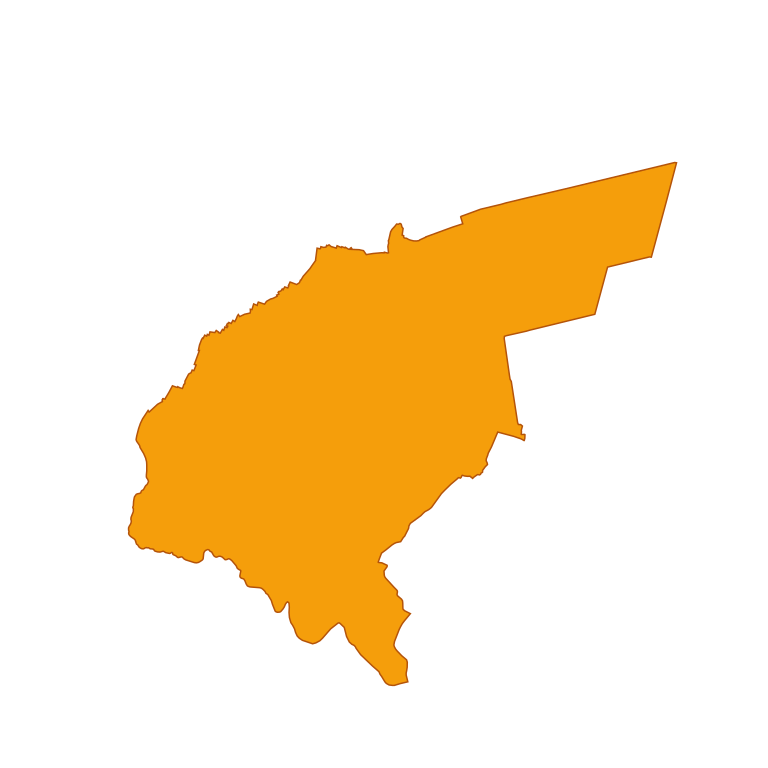 Wihan Daeng, Saraburi, Thailand, rotated 195°
{"feature_id": "78962969B45095827197319", "entity_name": "Wihan Daeng", "entity_type": "district", "adm_level": 2, "iso_a3": "THA", "parent_name": "Thailand", "parent_adm1": "Saraburi", "projection": "robinson", "projection_center": [100.989, 14.34], "detail": "fine", "context": "isolated", "style": "filled", "palette": "amber", "viewbox_px": 768, "rotation_deg": 195, "n_neighbors": 0, "source": "geoboundaries", "source_scale": "gbopen_adm2", "svg_char_len": 6165}
<svg xmlns="http://www.w3.org/2000/svg" viewBox="0 0 768 768"><g transform="rotate(195 384 384)"><path d="M583.1,167.5L581.6,165.3L580.4,164.9L578.1,162.9L575.7,162.2L574.0,162.4L573.2,162.9L572.4,163.8L571.3,164.5L570.5,164.4L569.1,164.9L567.2,164.3L565.0,164.7L564.0,164.7L563.5,164.5L562.8,163.7L562.0,163.3L559.3,163.2L556.8,163.7L554.1,165.3L553.1,165.2L551.2,164.6L547.3,164.8L546.6,165.2L545.6,166.3L545.2,166.4L544.4,166.0L543.9,164.9L543.4,164.6L540.7,164.2L538.5,163.1L537.7,163.1L535.2,164.5L534.1,164.6L531.9,163.3L530.0,162.8L520.9,162.4L518.9,162.7L517.1,163.6L516.1,164.5L514.3,166.5L513.6,167.6L513.5,168.7L514.3,173.7L514.3,174.6L513.8,176.2L513.3,177.0L512.0,178.1L511.3,178.5L510.2,178.5L508.7,177.4L507.0,177.1L504.0,174.1L503.0,173.6L501.8,173.3L501.1,173.4L500.6,173.6L499.2,174.7L497.9,175.2L497.1,175.2L496.0,175.1L494.9,174.7L492.1,173.2L491.4,173.3L490.4,173.8L488.9,175.0L487.9,175.1L485.4,174.1L479.8,170.2L478.1,168.1L476.7,167.4L474.2,166.8L473.9,166.1L473.6,161.6L473.3,160.7L472.8,160.1L471.6,159.5L469.1,159.4L468.7,159.1L467.4,157.9L465.3,155.1L463.8,153.7L462.9,153.4L460.9,153.3L451.7,155.0L450.5,155.1L449.2,154.9L447.5,154.2L445.2,152.8L443.8,151.2L441.8,150.6L436.8,145.7L434.7,142.3L430.3,136.4L429.4,136.0L428.1,135.9L426.4,136.4L425.4,136.9L424.8,137.5L423.3,140.6L422.6,142.9L422.2,145.9L421.6,147.5L420.9,148.6L419.6,148.2L419.0,147.6L417.7,143.9L416.6,138.7L414.9,133.9L413.0,130.7L412.1,129.3L410.0,127.5L407.1,124.4L405.1,121.1L402.6,118.1L400.0,116.5L396.5,115.3L385.7,114.6L382.8,116.3L379.5,119.4L377.6,122.5L372.2,133.6L366.6,141.1L365.6,141.7L364.5,141.4L359.4,138.6L354.8,130.4L350.7,125.8L347.8,124.3L345.3,123.8L343.8,122.9L342.6,121.5L336.5,116.5L322.3,108.7L314.4,104.8L312.7,102.6L310.7,101.0L306.0,96.5L304.3,95.4L301.2,94.6L297.6,95.1L295.9,95.6L290.8,98.8L283.9,102.5L287.2,108.5L287.8,110.6L287.9,112.8L288.3,116.4L289.5,121.3L290.8,123.4L296.5,126.1L302.0,129.4L304.1,130.9L305.9,132.8L306.9,134.4L307.2,138.0L305.8,150.8L305.3,153.4L304.3,157.3L303.0,160.5L299.1,169.0L305.3,170.3L307.2,171.3L307.7,172.2L309.2,177.3L310.0,179.4L311.4,180.7L316.2,183.0L317.0,184.2L317.2,186.7L317.7,187.7L318.4,188.3L321.8,190.3L332.0,196.8L333.4,198.0L334.2,199.3L335.6,203.3L333.8,208.2L333.8,209.1L334.1,209.7L339.7,210.7L343.2,210.2L343.5,210.4L343.2,214.4L342.6,220.0L339.2,224.3L334.7,230.5L332.8,232.6L331.1,234.0L327.1,236.0L325.6,240.7L324.6,242.5L324.5,243.2L322.9,250.8L323.2,253.5L322.5,256.2L314.3,266.4L312.7,269.3L311.4,271.3L308.4,274.1L306.9,276.0L306.1,277.3L300.2,292.9L297.7,297.4L293.4,304.6L288.2,312.1L288.1,312.5L287.6,312.9L285.8,312.9L285.3,313.8L285.0,315.8L284.7,316.1L282.3,316.0L279.1,316.5L277.1,317.2L276.4,316.7L275.2,316.5L274.3,315.8L274.0,315.7L272.8,317.7L270.3,320.6L269.9,320.8L268.2,320.9L267.4,321.7L267.2,323.0L266.3,323.9L266.0,324.4L266.4,326.1L264.8,330.2L263.2,333.0L263.8,334.3L265.5,336.4L265.8,338.3L265.4,342.0L265.4,344.2L263.9,351.1L261.7,367.0L245.4,367.0L237.8,366.5L236.2,366.2L234.1,365.6L233.9,365.7L233.9,367.9L234.7,371.5L235.1,371.7L238.2,370.8L238.5,371.0L238.8,373.3L239.4,374.8L239.4,379.2L241.5,380.2L243.3,379.7L243.7,379.7L244.6,380.7L245.3,382.1L261.7,419.4L263.5,421.3L265.1,424.9L279.7,459.1L280.0,461.2L278.4,462.3L260.1,471.9L257.0,473.8L198.4,505.9L198.3,554.8L160.6,575.4L158.6,575.7L158.5,632.2L158.7,673.4L160.5,673.2L260.1,619.0L293.4,601.2L312.9,590.6L317.5,587.8L336.0,577.8L352.9,565.9L353.2,565.3L349.4,559.1L358.2,553.4L381.7,536.9L381.6,536.7L386.7,532.5L387.4,531.5L389.8,530.5L392.4,529.9L395.5,529.8L397.7,530.0L400.0,530.6L401.7,530.3L402.4,530.4L403.0,531.0L403.4,532.4L405.0,532.5L405.8,539.2L407.3,540.3L408.7,542.8L409.6,543.2L410.2,543.2L411.5,542.0L413.2,541.8L414.3,539.2L416.3,535.4L417.0,532.7L416.7,524.6L416.9,523.7L415.9,521.0L416.0,520.0L415.8,517.7L413.6,511.9L414.5,511.4L417.8,511.4L417.8,510.7L420.2,510.2L423.2,509.1L428.4,507.2L434.6,504.4L438.3,507.5L442.8,507.3L450.8,505.5L450.2,506.5L451.0,507.2L451.7,506.4L452.1,505.3L453.1,505.0L456.8,506.1L457.0,505.4L460.3,505.7L460.5,504.8L465.1,505.4L465.3,502.9L470.7,503.1L473.1,504.2L474.2,503.0L475.3,503.1L475.5,501.2L477.8,500.3L480.5,500.3L480.5,498.5L480.7,498.1L481.2,497.9L482.3,498.0L483.8,497.9L482.2,485.9L482.0,485.7L484.4,479.2L485.4,476.3L489.9,467.2L491.2,462.6L491.6,462.6L491.9,460.0L494.1,457.5L501.1,458.2L501.8,454.3L501.4,454.1L501.8,451.9L505.0,452.1L505.9,448.9L506.9,449.5L507.5,447.6L508.0,446.9L509.3,446.2L509.1,446.0L510.0,445.1L508.8,443.5L510.7,442.1L509.9,441.1L513.4,438.0L515.6,436.7L518.9,433.4L520.0,430.2L526.6,430.6L526.9,428.9L526.8,427.1L530.6,427.6L530.8,421.7L532.5,421.6L531.8,419.5L531.7,417.9L536.7,415.3L540.8,411.8L542.7,413.4L543.3,411.5L543.6,408.7L544.3,405.7L546.4,406.4L547.3,402.9L549.8,403.3L550.1,402.0L550.9,402.0L551.4,399.6L549.9,399.5L549.9,398.9L550.4,398.9L550.3,397.8L552.5,397.9L552.7,394.4L554.2,394.9L555.3,390.7L557.1,390.8L557.1,391.3L559.9,392.3L560.7,389.9L565.6,389.3L565.7,385.8L567.5,386.2L567.7,384.3L569.8,384.8L570.6,381.2L571.2,381.4L571.7,379.8L572.3,374.0L572.0,368.4L571.0,368.6L572.3,353.8L570.4,353.7L571.1,347.7L572.9,347.8L573.3,344.9L574.8,343.6L575.3,342.9L577.0,335.3L576.5,333.1L576.6,332.4L577.2,331.9L577.4,328.5L577.6,327.5L580.2,327.5L582.5,328.0L582.5,327.3L584.0,327.2L587.9,327.5L589.6,320.2L591.5,313.6L591.5,312.9L592.7,312.6L593.5,312.8L593.9,312.6L593.9,311.8L594.2,311.2L593.5,309.7L597.5,305.8L603.6,296.1L605.0,297.4L608.2,287.8L609.1,282.9L609.5,277.4L609.4,269.7L609.1,266.3L608.6,265.3L607.9,264.5L604.7,261.8L603.9,260.9L603.2,259.5L598.2,254.7L595.1,250.8L593.2,247.4L592.3,244.7L590.7,238.8L590.0,234.7L589.5,232.7L588.9,231.9L587.7,230.9L586.3,229.1L586.3,228.1L586.8,225.6L587.6,224.6L588.1,223.5L589.0,219.7L590.3,218.4L590.7,217.6L590.8,215.9L591.9,215.0L593.4,214.3L594.7,213.4L595.8,210.5L595.8,209.2L595.5,205.8L594.6,201.5L594.7,200.8L594.7,199.9L594.5,199.3L593.8,198.7L593.1,195.8L593.8,189.8L593.5,187.9L592.6,186.2L592.4,184.6L592.6,182.9L593.3,180.6L593.5,178.9L592.9,176.7L592.1,175.4L592.1,173.9L591.5,172.7L590.6,171.9L589.2,171.1L585.0,169.6L584.0,168.9L583.0,167.6L583.1,167.5Z" fill="#f59e0b" stroke="#b45309" stroke-width="1.5"/></g></svg>